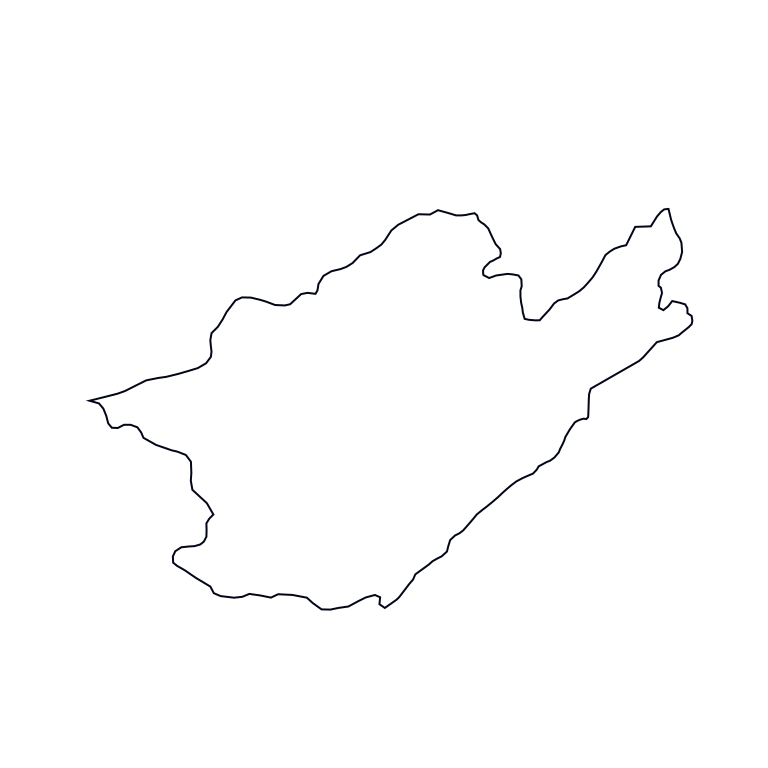 Sebauh, Sarawak, Malaysia (Robinson projection), rotated 17°
{"feature_id": "92858781B11810319562085", "entity_name": "Sebauh", "entity_type": "district", "adm_level": 2, "iso_a3": "MYS", "parent_name": "Malaysia", "parent_adm1": "Sarawak", "projection": "robinson", "projection_center": [113.621, 3.14], "detail": "fine", "context": "isolated", "style": "outline", "palette": "ink", "viewbox_px": 768, "rotation_deg": 17, "n_neighbors": 0, "source": "geoboundaries", "source_scale": "gbopen_adm2", "svg_char_len": 3309}
<svg xmlns="http://www.w3.org/2000/svg" viewBox="0 0 768 768"><g transform="rotate(17 384 384)"><path d="M460.8,583.5L466.6,567.9L469.0,562.4L469.6,556.9L479.6,543.6L482.3,539.2L486.2,535.1L489.5,532.0L493.2,525.8L492.9,520.7L492.9,513.9L496.2,508.1L499.8,504.7L502.5,500.9L505.6,494.1L508.6,487.2L511.0,481.4L514.9,475.6L517.6,471.9L521.3,466.4L526.1,458.9L528.8,454.1L532.1,448.6L535.4,443.5L539.1,438.4L543.9,433.6L547.8,430.2L552.7,426.1L555.1,421.3L556.0,417.5L558.4,415.1L562.0,411.4L565.3,408.7L568.4,404.6L571.1,398.4L571.4,394.6L572.3,389.9L572.9,385.4L572.9,381.7L575.0,373.1L577.7,364.9L579.5,362.9L581.9,360.8L585.0,358.8L587.7,358.4L588.9,356.0L588.0,352.3L586.8,347.8L585.6,343.4L584.4,339.0L583.1,333.8L583.1,328.0L621.2,287.4L623.9,283.0L632.7,264.2L646.8,255.3L651.7,251.2L652.8,249.4L654.1,247.4L658.9,240.3L660.7,236.8L660.4,233.4L658.3,229.0L653.5,227.6L652.0,222.8L648.7,219.8L643.5,219.8L635.4,220.4L633.0,226.6L629.6,231.7L624.5,230.7L623.6,225.9L623.3,219.4L623.3,215.7L620.6,210.9L617.9,209.9L616.3,204.7L617.0,198.6L620.3,193.8L623.6,191.4L627.5,187.3L629.9,183.2L630.8,177.8L630.5,170.6L627.2,162.1L624.2,158.3L619.4,154.5L616.0,150.4L612.7,146.0L610.3,142.6L604.9,133.4L604.0,133.7L600.9,135.1L598.5,138.5L596.1,144.0L593.1,155.2L578.3,160.3L575.0,180.5L570.2,183.2L564.7,187.3L561.4,191.1L558.1,195.9L556.6,203.7L554.2,214.6L552.3,221.1L549.3,228.0L546.9,233.1L543.6,238.2L539.4,243.0L534.5,248.5L530.0,250.8L526.1,253.2L523.1,257.3L520.6,264.2L515.8,274.1L514.3,277.5L510.1,278.9L504.0,280.2L499.5,280.6L495.9,275.1L494.1,271.0L491.4,266.2L488.9,260.4L487.1,254.6L487.1,250.2L484.7,243.7L480.8,240.9L474.7,241.6L469.9,242.6L459.6,247.4L453.6,251.9L447.3,250.8L446.7,249.8L445.5,246.4L446.1,243.0L449.7,236.2L451.8,234.5L455.1,231.0L457.8,228.6L457.5,224.9L455.7,221.1L450.0,217.7L446.1,213.6L443.0,210.2L438.2,204.7L433.1,202.0L429.5,201.0L426.4,199.6L423.7,195.5L420.7,194.2L416.8,196.2L412.5,198.6L408.3,200.3L403.5,201.7L396.2,201.7L384.8,202.0L378.4,208.5L367.3,211.6L351.0,227.6L346.1,235.1L343.1,245.7L340.7,251.5L336.5,257.0L332.5,261.8L323.5,267.9L318.6,277.5L313.8,283.0L309.0,286.7L300.8,291.5L294.5,298.3L292.1,307.5L293.0,314.0L292.1,317.8L284.2,319.2L278.5,322.2L270.9,335.2L266.1,337.9L256.7,340.3L247.1,339.7L241.0,339.7L231.4,340.3L222.9,342.7L217.5,347.5L212.4,361.2L210.8,369.4L208.4,377.9L204.2,385.8L205.1,392.9L207.2,398.1L209.6,403.5L210.5,408.7L207.8,416.2L201.2,423.3L193.0,428.8L184.6,434.3L173.7,440.8L166.4,444.2L155.6,450.0L147.7,457.5L138.4,466.4L132.0,471.2L107.3,486.1L117.1,485.9L122.8,489.6L127.6,495.5L131.8,502.3L136.5,505.4L142.3,503.9L147.3,499.0L153.7,497.1L160.8,497.5L166.0,501.4L169.7,505.8L183.8,508.9L200.4,509.5L205.9,509.1L215.3,509.8L222.1,514.8L225.8,525.5L227.5,532.9L231.7,541.2L249.5,549.8L259.0,558.7L256.3,563.8L254.9,569.2L257.1,575.8L258.8,581.9L257.8,587.4L255.3,591.1L250.3,594.4L244.5,596.6L237.9,599.4L233.3,604.9L232.5,610.6L234.6,616.5L239.3,618.4L248.0,620.4L260.7,624.4L277.2,628.5L282.4,633.8L289.7,634.6L303.1,632.2L310.8,628.9L316.6,624.1L327.4,622.4L338.4,621.3L344.2,616.0L358.1,612.5L372.7,610.9L379.9,614.3L390.2,617.8L398.7,615.4L406.2,611.3L415.0,607.2L422.8,599.3L428.9,593.5L437.0,588.4L442.7,589.1L444.0,595.9L450.3,597.9L459.0,586.7L460.8,583.5Z" fill="none" stroke="#020617" stroke-width="2"/></g></svg>